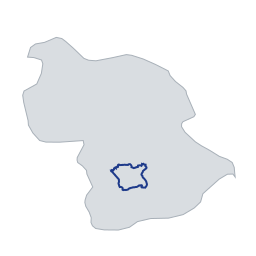 Rwamagana, Eastern, Rwanda (highlighted), rotated 82°
{"feature_id": "39286606B51470133526692", "entity_name": "Rwamagana", "entity_type": "district", "adm_level": 2, "iso_a3": "RWA", "parent_name": "Rwanda", "parent_adm1": "Eastern", "projection": "natural_earth1", "projection_center": [30.347, -1.979], "detail": "fine", "context": "in_parent", "style": "outline", "palette": "blue", "viewbox_px": 256, "rotation_deg": 82, "n_neighbors": 0, "source": "geoboundaries", "source_scale": "gbopen_adm2", "svg_char_len": 5423}
<svg xmlns="http://www.w3.org/2000/svg" viewBox="0 0 256 256"><g transform="rotate(82 128 128)"><path d="M99.3,65.4L102.6,65.3L123.9,59.4L126.0,61.2L129.4,72.7L131.2,74.3L134.2,74.8L140.2,72.1L151.1,63.2L155.9,57.7L161.6,50.1L168.8,41.5L172.8,34.0L176.7,29.6L181.8,28.3L187.5,28.6L191.5,28.7L188.2,30.5L187.6,36.0L191.3,44.8L203.5,63.0L211.3,66.4L216.4,73.5L221.4,85.4L222.9,100.3L220.8,118.3L222.0,131.6L226.5,140.4L227.7,151.7L225.6,165.7L223.0,174.0L219.9,176.8L216.4,177.8L211.7,176.9L206.0,178.1L199.7,180.7L195.8,181.1L193.4,180.5L188.7,178.3L181.5,171.1L167.9,175.1L164.2,175.0L159.2,178.4L155.2,182.6L152.7,182.9L150.2,182.4L138.5,173.9L134.2,174.1L132.5,198.0L130.5,211.3L128.1,217.2L119.7,222.9L111.3,226.2L106.7,225.9L88.2,227.7L80.9,227.7L76.9,225.8L71.7,212.2L61.9,206.2L52.5,203.4L48.6,204.2L45.2,211.3L43.8,217.6L34.7,213.3L31.9,207.9L31.6,198.8L28.3,186.4L30.2,181.1L33.7,177.6L41.3,171.1L52.9,162.0L55.4,157.6L57.0,150.4L56.2,133.6L55.1,119.4L56.5,114.3L61.8,103.3L68.8,92.1L77.1,80.2L82.0,79.0L88.6,74.5L95.5,67.9L99.3,65.4Z" fill="#d9dde1" stroke="#a8b0b8" stroke-width="1"/><path d="M164.4,133.1L164.4,133.3L164.5,133.3L164.5,133.5L164.5,133.8L164.3,134.6L164.2,135.4L164.2,135.5L164.0,136.0L163.9,136.2L163.9,136.4L163.9,136.5L163.9,137.0L163.9,137.6L163.9,138.3L163.8,138.5L163.7,138.7L163.7,138.9L163.7,139.0L163.8,139.3L163.7,139.7L163.7,139.9L163.7,140.0L163.7,140.3L163.6,140.8L163.5,141.2L163.4,141.5L163.3,141.4L163.2,141.5L163.1,141.9L162.9,142.3L163.1,142.9L163.5,143.1L164.0,143.4L164.0,143.2L164.3,143.2L164.4,143.3L164.5,143.5L164.6,143.4L164.6,143.2L164.8,143.3L164.8,143.6L165.0,143.9L165.2,143.7L165.3,143.7L165.3,143.9L165.2,143.9L165.1,144.0L165.1,144.3L165.3,144.8L165.2,145.0L165.3,145.1L165.4,145.3L165.3,145.5L165.4,145.8L165.7,145.7L165.8,145.7L165.7,145.8L165.4,146.1L165.5,146.2L165.6,146.4L165.6,146.5L165.8,146.7L166.0,146.7L166.1,146.8L166.1,147.0L165.9,147.0L165.8,146.9L165.8,147.0L165.9,147.3L166.0,147.4L166.1,147.5L166.3,147.5L166.7,147.5L166.9,147.5L167.1,147.8L167.3,148.0L167.5,148.1L167.7,148.3L167.7,148.6L167.9,148.9L167.8,149.1L167.9,149.4L167.6,149.3L167.8,149.5L167.7,149.6L167.4,149.6L167.3,149.8L167.4,150.0L167.5,149.9L167.6,150.3L167.5,150.5L167.4,150.5L167.6,150.5L167.8,150.4L167.8,150.5L168.0,150.4L168.3,150.4L168.5,150.5L168.6,150.3L168.8,150.3L169.0,150.1L169.0,149.9L169.0,149.6L169.1,149.4L170.1,149.1L170.5,148.9L171.3,148.4L172.0,147.8L172.3,147.7L172.6,147.4L172.8,147.4L173.0,147.2L173.3,147.1L173.7,146.8L173.8,146.7L174.3,146.4L174.6,146.2L175.3,145.7L175.5,145.6L175.7,145.4L175.9,145.4L176.1,145.2L176.6,144.9L176.8,144.7L177.5,144.3L177.8,144.2L178.3,144.3L178.6,144.3L178.8,144.3L179.7,144.4L179.8,144.4L180.1,144.4L180.7,144.7L180.9,144.8L181.1,145.0L181.5,145.1L182.1,145.1L182.6,144.9L183.6,144.8L183.9,144.8L184.0,144.8L184.4,144.7L184.8,144.5L185.2,144.3L185.3,144.3L185.3,144.1L185.2,144.0L185.4,143.5L185.4,143.4L185.4,143.2L185.5,143.0L185.7,142.6L185.8,142.4L186.0,142.2L186.7,141.7L186.9,141.7L187.2,141.7L187.3,141.7L188.3,142.0L188.8,141.5L188.9,140.9L188.8,139.9L188.9,139.4L189.1,138.9L189.1,137.8L188.9,136.5L188.3,135.8L188.2,135.4L188.0,135.2L187.9,134.8L187.8,134.3L187.9,134.2L187.7,133.6L187.7,133.3L187.7,133.1L187.7,132.8L187.6,132.4L187.6,132.2L187.6,131.9L187.5,131.7L187.4,131.3L187.4,131.1L187.5,131.0L187.5,130.9L187.6,130.4L187.6,129.8L187.6,129.6L187.5,129.2L187.5,128.9L187.5,128.5L187.5,128.3L187.6,128.0L187.6,127.8L187.5,127.2L187.2,126.4L186.9,125.9L186.6,125.5L186.5,125.2L186.4,124.9L186.4,124.7L186.5,124.5L186.6,124.3L186.7,124.2L186.6,123.9L186.6,123.5L186.5,123.4L186.5,123.2L186.5,122.9L186.5,122.7L186.6,122.4L186.8,122.3L187.1,122.2L187.2,122.3L187.7,122.6L188.0,122.6L188.4,122.8L188.5,122.7L188.8,122.5L188.8,122.3L188.8,122.2L188.9,121.8L188.9,121.7L189.0,121.2L189.1,120.9L189.2,120.7L189.2,120.3L189.3,119.6L189.3,119.4L189.4,119.2L188.9,118.7L188.7,118.5L187.8,117.7L187.3,117.4L186.8,117.2L186.6,117.1L186.1,117.1L185.6,117.1L185.2,117.2L184.6,117.3L183.6,117.4L182.8,117.7L182.5,117.8L182.0,118.1L181.3,118.5L180.6,118.9L180.1,119.2L180.0,119.4L179.5,119.8L179.3,120.0L179.1,120.1L178.6,120.3L178.2,120.4L177.3,120.4L177.2,120.5L176.9,120.8L176.6,121.0L176.3,121.1L176.1,121.2L175.6,121.0L175.3,120.9L175.0,120.7L174.8,120.5L174.7,120.5L173.9,119.7L173.6,119.5L173.2,119.4L172.9,119.3L172.7,119.2L172.4,118.7L171.9,118.0L171.9,117.9L171.8,117.7L171.0,116.5L170.7,115.8L170.5,115.6L170.2,115.3L170.0,115.2L169.8,115.2L169.6,115.2L169.4,115.2L169.1,115.4L168.4,115.9L168.2,116.1L167.9,116.1L167.6,116.0L167.3,115.7L167.2,115.7L166.8,115.7L166.8,115.8L166.7,116.0L166.5,116.7L166.5,117.1L166.4,117.2L166.2,117.3L166.0,117.5L165.6,117.7L165.7,118.4L165.7,118.5L165.7,118.8L165.6,119.0L165.9,119.0L166.0,119.1L166.3,119.3L166.6,119.4L166.8,119.5L167.0,119.6L167.2,119.8L167.3,119.9L167.2,120.0L166.9,120.3L166.8,120.5L166.8,120.9L166.7,121.1L166.6,121.4L166.6,121.8L166.6,122.8L166.6,123.3L166.9,123.4L167.3,123.5L167.7,123.7L167.8,123.8L168.0,123.8L168.0,124.1L167.9,124.2L167.9,124.4L167.9,124.9L167.9,125.1L168.1,125.6L168.1,125.9L168.2,126.3L168.3,126.3L168.3,126.5L168.4,126.9L168.5,127.8L168.5,128.0L168.1,128.4L167.8,129.1L167.5,129.4L167.3,130.0L166.3,129.8L166.2,129.8L165.9,129.9L165.3,130.1L165.1,130.2L164.8,130.4L164.5,130.7L164.2,130.9L164.2,131.0L164.1,131.3L164.0,131.7L164.0,132.0L164.1,132.5L164.3,133.0L164.4,133.1Z" fill="none" stroke="#1e3a8a" stroke-width="2"/></g></svg>